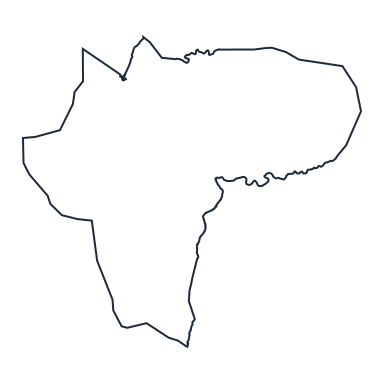 outline of Xutag-O'ndor, Bulgan, Mongolia
{"feature_id": "93677404B82313328470965", "entity_name": "Xutag-O'ndor", "entity_type": "district", "adm_level": 2, "iso_a3": "MNG", "parent_name": "Mongolia", "parent_adm1": "Bulgan", "projection": "albers", "projection_center": [103.033, 49.288], "detail": "fine", "context": "isolated", "style": "outline", "palette": "slate", "viewbox_px": 384, "rotation_deg": 0, "n_neighbors": 0, "source": "geoboundaries", "source_scale": "gbopen_adm2", "svg_char_len": 5867}
<svg xmlns="http://www.w3.org/2000/svg" viewBox="0 0 384 384"><path d="M113.3,310.5L121.6,326.3L127.2,327.8L146.6,323.2L168.5,337.6L177.9,340.6L187.2,346.9L187.6,346.2L187.7,345.8L187.9,345.5L187.7,345.1L187.7,344.3L188.2,343.9L188.3,343.6L188.2,343.3L187.5,343.0L187.4,341.9L188.0,341.1L188.5,340.5L188.8,339.3L188.8,338.4L189.2,337.6L189.2,336.8L189.6,334.6L189.2,333.7L189.4,333.3L189.4,332.8L189.6,332.3L189.6,331.9L190.1,331.3L190.2,331.0L190.7,330.5L190.7,330.1L190.9,329.8L190.8,329.2L191.0,328.7L191.0,328.4L191.1,328.1L191.1,327.7L191.4,327.2L191.4,326.5L192.5,324.7L192.5,323.9L192.4,322.9L192.5,322.1L192.9,321.5L194.1,320.4L194.8,319.2L188.9,301.2L189.5,290.8L191.2,283.7L191.9,280.2L192.6,276.8L197.3,258.3L198.1,257.7L198.2,257.4L198.2,256.1L198.0,255.3L197.3,254.4L197.0,253.5L196.9,251.3L197.1,250.7L197.1,250.2L196.9,248.3L197.1,247.0L196.9,245.7L196.9,245.1L197.1,244.5L197.8,244.2L198.0,244.0L198.0,243.3L198.1,243.1L198.2,242.8L198.8,242.1L199.0,241.5L199.2,241.2L199.2,240.3L199.5,239.6L199.6,239.0L199.6,238.4L199.7,237.9L199.9,237.7L200.0,237.3L200.7,236.5L201.0,236.2L201.4,235.3L202.0,235.0L202.7,234.0L203.0,233.7L203.2,233.3L203.6,233.0L203.9,232.5L204.2,232.1L204.1,231.6L204.9,230.8L205.1,229.5L205.3,229.2L205.6,228.5L205.6,228.1L205.2,227.4L205.4,227.0L205.6,226.8L205.7,226.2L205.6,225.7L205.1,225.0L205.4,224.5L205.3,223.8L205.2,223.5L204.8,223.2L204.5,222.1L204.5,221.5L204.3,220.6L203.8,220.1L203.9,219.8L203.7,219.3L203.8,219.1L203.0,217.0L203.2,216.3L203.2,216.0L203.5,215.3L204.5,214.3L204.8,213.7L205.7,213.2L206.0,212.7L206.4,212.8L206.8,212.4L208.7,211.6L209.6,211.4L210.5,210.8L211.2,210.4L212.2,210.4L212.3,210.2L212.3,209.8L213.0,209.4L213.2,209.1L214.0,208.7L214.3,208.7L214.3,208.3L214.7,208.0L214.7,207.7L214.8,207.5L215.4,207.2L215.6,206.8L216.2,206.7L216.4,206.5L216.5,206.2L216.1,205.5L216.1,205.4L217.0,204.5L217.5,203.2L218.7,202.2L219.0,201.7L219.5,201.3L219.7,201.1L219.9,200.3L221.0,199.5L221.3,198.0L221.4,197.7L221.8,197.3L222.1,196.3L222.2,194.7L222.2,194.3L222.3,194.0L222.5,193.1L222.9,191.8L222.9,191.5L222.6,190.4L222.1,189.4L221.0,188.9L220.0,187.6L219.3,186.1L218.7,185.4L217.8,184.6L217.6,184.1L217.3,183.0L216.8,182.5L216.2,181.4L216.1,180.6L216.2,180.3L216.2,179.7L215.5,179.3L215.4,179.1L215.5,178.6L216.9,177.6L219.0,177.9L219.6,177.8L221.4,177.2L222.1,177.2L222.4,177.4L223.8,179.4L224.4,179.9L226.1,180.7L226.8,180.9L227.7,181.1L231.2,180.9L233.2,180.7L233.8,180.5L234.3,180.1L235.3,179.1L236.1,178.7L238.2,178.1L240.4,177.7L241.3,177.3L242.8,177.0L244.2,177.0L244.7,177.2L245.5,177.8L246.2,178.8L246.5,180.2L246.0,182.9L246.2,183.4L246.5,183.9L247.4,184.5L249.2,184.9L249.8,184.8L250.9,184.4L251.9,183.5L253.7,181.1L254.4,180.6L255.2,180.9L256.4,182.2L257.0,183.2L257.4,184.3L258.2,185.6L258.8,185.9L259.3,186.0L261.4,186.1L262.1,186.0L263.4,185.0L264.8,184.3L267.9,181.9L268.1,181.6L268.5,180.3L268.5,179.4L268.3,179.0L267.5,178.3L265.6,177.6L264.6,176.7L264.4,176.4L264.4,176.0L265.7,174.9L266.4,174.0L268.3,173.0L269.5,173.0L271.3,173.6L272.5,174.9L272.8,175.3L273.1,176.4L273.4,176.8L274.0,177.3L275.7,178.3L276.6,178.4L277.4,178.2L278.1,177.9L278.5,177.9L280.5,178.7L281.9,178.9L283.4,179.6L283.8,179.5L284.2,179.3L284.8,178.8L285.4,177.8L285.9,177.3L286.2,176.9L286.2,176.0L286.8,175.4L287.4,174.9L287.9,174.2L289.5,173.8L291.4,173.9L293.1,173.6L293.5,173.3L294.3,171.7L294.9,171.4L295.3,171.5L296.5,172.8L297.1,173.2L297.8,173.5L298.8,173.6L299.2,173.4L300.2,172.5L300.7,171.9L301.0,171.7L301.6,171.7L302.2,171.8L302.6,172.3L302.9,172.9L303.7,173.4L304.7,173.5L305.5,173.3L306.9,172.3L307.1,171.6L307.1,171.0L307.2,170.6L307.9,169.8L309.7,169.7L310.5,169.3L311.3,169.5L312.5,168.8L313.8,168.5L313.9,168.3L313.9,167.8L314.3,167.8L315.8,168.2L316.5,168.1L316.9,167.9L317.7,167.3L318.4,166.2L318.9,166.0L319.8,166.1L320.8,166.7L321.5,166.5L322.5,166.0L323.3,165.2L324.6,163.3L325.1,162.8L325.7,162.6L327.4,162.4L328.4,161.8L330.4,161.1L331.0,160.9L332.1,161.0L333.2,160.6L335.3,158.9L335.7,158.5L336.2,157.9L336.5,156.9L346.2,145.2L361.0,111.3L356.1,87.2L342.4,66.1L298.9,59.6L285.8,52.0L271.7,47.7L265.4,48.1L254.4,49.5L220.4,49.6L219.2,49.4L218.2,49.5L217.1,50.0L216.5,50.1L215.1,50.8L214.0,52.0L213.4,53.3L212.9,53.8L210.2,54.8L209.5,54.9L209.3,54.9L209.1,54.6L209.0,53.1L208.6,51.6L208.4,50.9L208.0,50.4L207.5,50.4L207.1,50.6L206.1,51.5L204.7,53.2L204.2,53.5L203.8,53.5L201.5,52.4L200.4,52.0L199.2,51.8L198.8,51.5L197.9,49.8L197.6,49.6L196.4,50.3L196.0,50.9L195.9,51.5L195.9,53.1L195.8,53.6L195.5,54.0L194.5,54.2L194.2,53.9L192.9,53.5L192.1,53.0L191.6,52.9L189.0,54.8L188.2,55.0L187.1,54.8L186.8,55.0L185.1,56.3L184.9,56.6L184.8,57.0L185.0,57.4L185.4,57.9L186.3,58.3L187.9,58.6L188.8,59.1L188.9,59.3L188.7,60.4L187.8,62.4L187.2,62.7L186.4,62.8L184.3,61.8L183.4,60.9L182.7,60.4L180.0,59.3L178.5,58.9L176.4,58.8L175.9,59.2L161.8,57.8L150.0,42.4L143.4,37.1L143.5,37.7L143.5,37.9L143.0,38.8L141.8,39.9L141.2,40.8L140.0,41.6L139.7,42.2L139.4,43.1L138.9,43.8L137.6,44.9L136.6,46.1L135.7,46.4L135.0,46.8L134.6,47.3L133.8,48.9L133.2,50.5L132.7,52.7L131.8,54.8L131.8,55.3L132.3,56.4L132.3,56.8L132.1,57.4L131.3,58.6L130.9,59.5L130.1,63.1L129.7,63.7L129.2,65.3L125.1,74.2L124.7,74.4L124.5,74.8L124.6,75.2L124.8,75.6L124.5,75.8L123.8,75.9L123.5,76.2L123.4,76.7L123.5,78.1L123.6,78.5L124.2,79.2L124.7,79.3L125.1,79.0L125.2,78.6L125.2,78.3L125.2,78.2L125.3,78.2L125.4,78.8L125.6,79.1L125.1,79.1L124.9,79.3L124.3,80.1L123.3,80.4L122.8,80.3L122.2,79.2L122.2,77.9L122.0,77.1L121.8,76.9L121.4,76.8L121.6,76.6L121.6,76.3L121.2,76.2L121.1,76.5L120.9,76.8L120.1,76.4L120.1,76.2L120.3,76.0L120.4,75.7L120.6,75.4L120.6,75.2L120.3,74.9L120.2,74.5L105.4,64.3L82.8,48.9L83.0,81.3L74.6,92.0L72.9,104.0L60.0,130.1L35.4,136.9L23.0,138.0L23.5,162.8L26.1,168.2L29.6,174.8L47.7,195.8L50.3,203.8L61.9,215.2L77.5,219.1L91.8,220.6L97.1,260.6L112.5,299.6L113.3,310.5Z" fill="none" stroke="#1e293b" stroke-width="2"/></svg>